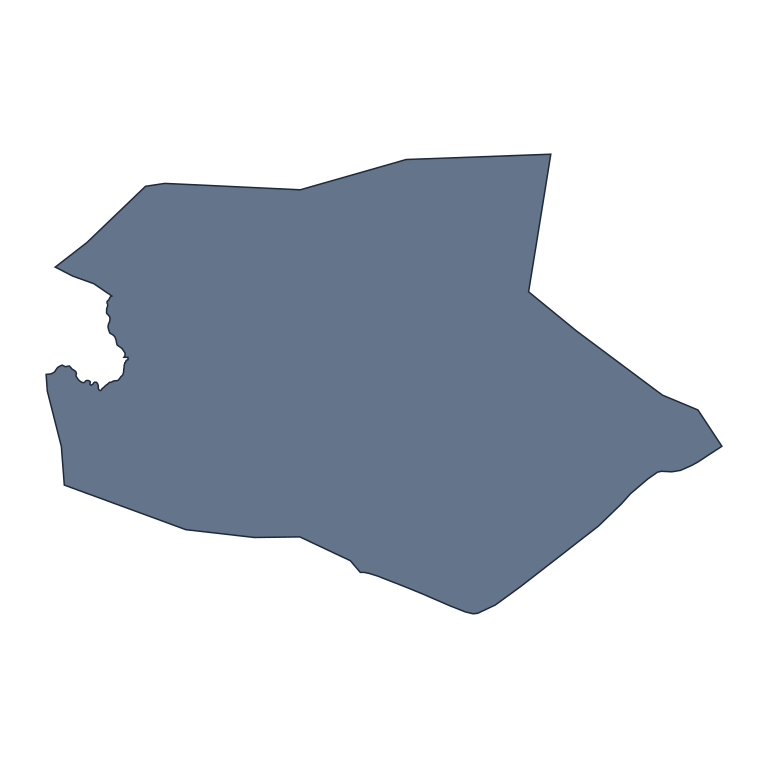 Bama, Borno, Nigeria (Robinson projection)
{"feature_id": "59680162B41357004175190", "entity_name": "Bama", "entity_type": "district", "adm_level": 2, "iso_a3": "NGA", "parent_name": "Nigeria", "parent_adm1": "Borno", "projection": "robinson", "projection_center": [13.793, 11.51], "detail": "fine", "context": "isolated", "style": "filled", "palette": "slate", "viewbox_px": 768, "rotation_deg": 0, "n_neighbors": 0, "source": "geoboundaries", "source_scale": "gbopen_adm2", "svg_char_len": 2261}
<svg xmlns="http://www.w3.org/2000/svg" viewBox="0 0 768 768"><path d="M201.7,185.1L164.7,183.4L145.5,186.3L86.8,242.6L55.2,267.1L72.9,276.2L93.8,283.7L111.8,296.0L110.6,296.5L109.5,298.2L108.8,299.9L107.3,301.1L107.0,301.9L107.0,303.0L107.6,304.0L107.7,305.4L107.5,306.4L106.9,307.9L106.6,309.2L106.6,310.4L106.6,311.6L106.5,312.8L106.9,313.7L108.3,315.0L108.9,315.8L109.7,316.8L109.9,317.8L109.9,320.1L109.5,321.8L108.7,323.5L108.2,325.3L108.0,326.7L108.3,328.4L108.7,330.1L109.2,331.4L109.8,333.0L110.7,333.7L112.2,334.4L113.5,335.4L114.9,336.9L115.7,339.1L116.3,341.0L116.5,342.7L117.0,344.8L118.2,345.8L119.6,346.8L121.1,347.8L122.4,349.0L123.0,350.0L123.9,351.3L125.1,353.2L124.9,355.8L123.9,357.3L128.0,357.4L128.0,359.7L127.3,359.9L126.8,360.2L126.1,360.5L125.7,362.2L124.9,362.6L124.1,365.7L124.1,367.5L123.7,369.6L123.7,371.4L123.2,373.5L122.5,375.3L121.0,376.6L119.5,378.6L118.5,380.1L117.0,380.6L115.5,380.8L114.2,380.8L112.9,381.3L111.2,382.3L109.6,382.3L108.8,382.9L107.8,384.0L106.1,385.1L104.7,386.4L103.4,387.7L102.1,388.6L101.2,390.2L100.1,390.6L99.1,390.0L98.5,389.0L98.3,388.0L98.3,387.0L98.2,385.4L97.6,383.7L96.5,382.3L94.8,382.1L93.7,382.8L92.8,384.3L91.3,385.2L90.2,384.6L90.0,383.6L90.3,382.4L90.1,381.5L88.8,380.6L87.1,380.4L85.9,380.7L84.8,382.1L83.6,382.7L82.4,382.5L81.1,381.9L79.7,380.9L78.3,379.6L77.1,377.8L76.0,376.1L76.1,374.9L76.4,373.2L75.7,371.5L74.2,370.3L72.0,369.0L70.6,367.3L69.3,366.0L67.8,366.2L66.3,366.6L65.0,366.6L63.6,365.8L62.1,365.1L60.5,365.9L59.3,366.4L57.6,367.5L56.6,368.9L55.6,370.2L54.9,371.6L53.2,372.8L50.8,373.9L46.1,374.4L47.3,391.1L61.4,446.7L61.7,451.2L64.3,485.1L185.9,529.7L254.4,537.5L299.8,536.9L350.3,560.7L360.3,572.4L364.3,572.4L369.0,573.4L377.1,575.9L386.3,579.5L394.8,582.8L403.5,586.2L422.2,593.8L432.3,598.2L450.1,605.9L465.3,611.9L473.0,613.8L477.7,613.3L490.8,607.1L495.3,605.0L503.7,598.9L510.7,593.8L521.2,586.1L539.0,572.3L546.3,566.6L562.6,554.0L576.4,543.2L598.2,526.3L621.6,503.7L630.5,493.7L647.9,478.9L657.4,472.2L661.5,471.3L671.8,471.8L680.5,470.4L691.5,465.5L698.1,461.9L709.3,454.5L721.9,446.3L698.0,410.0L662.4,395.1L576.0,330.6L570.4,326.0L528.6,291.8L541.0,215.2L550.8,154.2L406.2,159.5L300.2,189.8L201.7,185.1Z" fill="#64748b" stroke="#1e293b" stroke-width="1.5"/></svg>